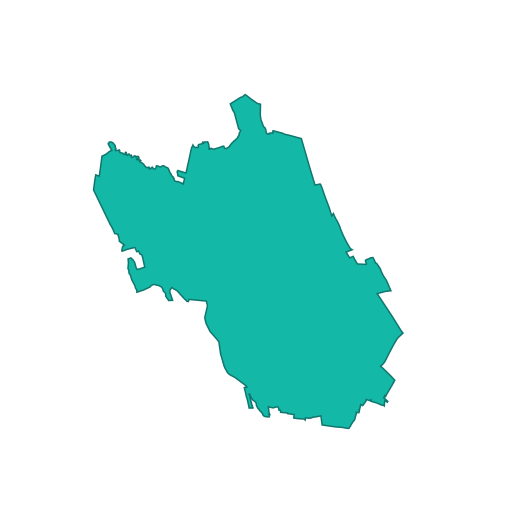 the district of Ungureni, Botosani, Romania, rotated 26°
{"feature_id": "2599482B7783599693239", "entity_name": "Ungureni", "entity_type": "district", "adm_level": 2, "iso_a3": "ROU", "parent_name": "Romania", "parent_adm1": "Botosani", "projection": "equal_earth", "projection_center": [26.747, 47.904], "detail": "fine", "context": "isolated", "style": "filled", "palette": "teal", "viewbox_px": 512, "rotation_deg": 26, "n_neighbors": 0, "source": "geoboundaries", "source_scale": "gbopen_adm2", "svg_char_len": 6096}
<svg xmlns="http://www.w3.org/2000/svg" viewBox="0 0 512 512"><g transform="rotate(26 256 256)"><path d="M319.9,393.9L317.3,391.3L310.3,383.0L310.6,382.8L311.3,383.1L312.0,384.1L315.8,386.7L318.6,387.2L320.1,387.8L320.9,388.5L321.9,390.1L324.3,392.0L326.1,392.7L327.3,393.4L331.0,394.7L331.5,395.6L332.3,396.1L332.9,396.3L334.8,396.3L336.9,395.5L338.5,394.7L337.2,392.9L337.9,392.5L337.3,392.2L335.5,389.8L333.2,386.0L335.4,385.7L338.2,384.9L339.4,383.6L341.6,382.0L341.9,382.0L343.3,383.2L344.2,384.5L345.6,384.0L346.6,385.7L353.4,383.2L353.6,383.8L359.7,381.8L361.0,385.1L365.5,383.6L370.8,381.4L372.1,381.9L371.5,379.8L375.9,378.0L377.4,376.5L377.3,376.4L377.4,376.2L380.0,374.6L384.4,371.2L389.5,378.9L402.8,374.6L407.9,372.5L413.4,370.9L414.9,370.4L415.2,369.6L415.5,366.9L415.4,366.1L415.7,363.7L415.7,362.5L416.3,360.9L416.4,359.8L415.2,353.5L415.0,352.8L414.7,352.6L417.1,351.8L417.0,350.4L416.8,349.9L416.5,350.0L416.0,349.1L416.4,349.0L416.3,348.1L416.0,346.7L415.7,346.1L415.8,345.8L415.4,344.2L415.5,343.8L415.4,343.6L417.5,343.7L418.4,338.6L418.4,337.5L418.1,336.5L420.9,336.3L421.4,336.1L422.2,335.0L422.5,334.8L422.7,335.1L422.9,336.2L428.7,335.2L434.7,334.9L435.3,334.4L436.0,334.2L437.0,334.6L436.8,333.6L436.2,332.7L435.3,329.6L438.2,329.8L438.2,328.9L434.6,327.8L433.0,327.5L433.1,325.0L434.1,325.5L434.0,324.1L435.1,310.2L435.2,309.4L434.9,309.3L435.2,306.8L429.4,304.6L419.8,301.4L416.3,300.5L417.1,298.7L418.0,295.4L418.2,292.1L418.2,286.3L418.6,274.7L419.2,268.0L421.9,260.8L419.1,259.5L405.6,251.0L381.4,236.7L388.1,230.9L392.5,228.1L383.7,220.6L379.2,218.0L375.3,215.0L373.8,213.4L372.9,212.7L367.6,209.7L366.5,209.9L364.0,207.7L361.7,206.1L359.5,207.7L358.3,209.5L356.9,210.7L356.4,211.5L356.3,212.1L356.6,212.7L358.7,214.6L358.8,215.0L358.7,215.2L350.7,218.7L345.9,215.6L343.5,213.7L341.0,216.6L335.3,213.0L339.7,208.2L338.1,208.1L335.9,207.0L331.0,203.6L324.8,198.8L319.8,194.4L318.3,192.7L317.5,192.2L316.4,191.1L314.0,189.3L310.6,187.0L306.9,183.9L306.5,186.8L300.7,180.6L291.6,172.0L285.3,165.7L282.5,163.2L281.9,163.3L281.1,163.9L278.0,166.4L267.1,154.7L245.3,130.6L231.4,133.2L230.1,133.7L227.3,134.1L226.7,133.9L216.7,135.8L216.4,136.0L216.3,136.3L217.4,137.9L214.8,139.3L214.2,139.8L214.6,140.3L212.5,141.4L211.6,140.9L210.0,139.1L209.2,137.9L208.0,136.9L205.8,136.3L203.0,133.4L200.8,131.5L198.1,127.5L193.5,117.6L190.9,118.2L189.6,118.2L182.2,117.0L177.2,115.9L175.6,115.7L174.8,116.9L174.3,118.6L172.6,120.2L166.2,130.5L167.8,132.1L168.4,132.5L171.3,135.2L173.9,136.9L184.6,149.2L185.0,149.4L187.2,149.9L187.2,153.6L187.7,154.4L187.5,157.1L187.7,157.6L187.4,158.1L187.4,159.0L187.2,159.4L186.6,160.4L186.5,161.1L185.7,162.5L185.3,164.1L184.8,165.1L184.1,168.4L184.2,169.1L183.9,169.2L183.7,170.2L182.7,171.7L181.6,172.8L180.7,172.9L180.2,172.7L178.9,171.4L178.6,171.5L177.6,172.3L175.3,174.8L171.1,178.6L169.0,179.0L168.8,178.8L167.2,179.7L167.6,180.3L167.1,180.6L166.4,179.1L165.8,178.5L165.5,177.8L164.6,176.5L163.1,174.9L162.1,174.7L161.7,175.2L160.1,175.9L158.1,177.1L158.3,177.8L159.2,178.0L155.7,180.9L155.5,181.3L155.6,182.0L156.4,183.2L156.4,183.6L156.0,184.1L154.7,184.5L153.8,185.2L153.4,185.2L151.9,184.7L150.7,183.9L150.8,184.9L150.6,186.2L151.1,189.2L152.9,196.2L156.7,212.1L148.3,213.4L148.2,214.9L148.9,215.8L149.4,216.3L150.2,217.5L150.5,218.2L157.6,217.4L157.8,217.7L157.8,218.1L158.2,219.0L158.7,222.0L159.1,223.0L159.0,223.4L158.8,223.4L157.8,223.1L156.4,223.1L153.2,223.3L151.9,224.0L150.5,224.1L149.6,223.9L148.7,223.1L148.5,222.3L147.4,221.9L146.5,221.1L144.8,220.7L143.6,219.5L141.5,218.4L141.1,217.6L140.5,217.4L140.1,216.8L139.1,216.2L138.8,215.7L137.5,215.5L135.6,215.7L133.5,215.3L132.0,216.3L131.2,217.9L127.3,218.3L126.9,218.8L126.9,219.1L127.5,219.5L127.4,220.9L127.0,222.1L126.4,222.5L125.8,222.6L124.2,221.7L123.7,221.6L123.5,222.5L122.9,223.4L122.7,224.2L122.3,224.5L121.6,224.3L121.4,223.3L121.1,223.1L120.4,223.3L119.4,224.3L118.5,224.4L116.8,223.9L115.5,223.1L112.7,222.2L110.2,222.3L109.9,222.0L109.8,221.6L110.5,220.9L110.6,220.6L110.3,220.5L108.7,220.7L107.3,221.5L106.3,221.6L106.1,221.3L106.9,220.5L107.9,220.4L108.0,219.3L106.8,218.2L105.8,218.4L105.4,219.4L105.0,219.6L104.5,219.6L104.4,219.0L104.1,218.9L102.7,219.4L101.9,221.5L101.3,221.8L100.3,221.6L100.2,220.3L99.7,220.0L98.9,220.7L97.9,220.5L97.1,220.0L96.8,220.3L96.7,220.9L96.4,221.4L96.4,221.9L95.7,221.9L95.3,221.6L94.6,220.5L94.1,220.0L93.6,219.8L93.2,220.1L93.2,220.8L94.4,221.6L93.1,222.6L91.1,222.0L89.3,222.5L88.0,222.4L87.6,222.2L87.5,221.2L87.0,220.8L86.5,220.6L85.8,221.6L84.3,222.2L83.7,222.8L83.3,222.7L83.1,222.3L83.0,220.8L81.8,219.8L80.9,218.4L78.3,217.2L77.3,216.9L75.9,217.0L74.2,217.8L74.4,218.9L73.8,219.5L74.3,220.3L80.1,224.4L79.1,225.4L78.2,226.7L77.6,228.2L76.3,230.7L73.8,233.8L78.4,247.5L80.1,253.0L76.4,253.3L78.1,259.2L81.1,267.9L111.7,292.0L112.6,292.4L116.4,295.3L117.3,296.2L119.3,297.8L120.7,297.3L122.6,297.1L122.8,297.6L124.1,299.1L124.6,299.4L126.8,302.7L133.0,303.9L132.1,305.3L132.1,306.6L133.0,310.0L133.6,310.4L137.3,306.5L143.4,301.4L146.9,304.4L148.2,303.1L150.9,305.1L152.9,305.0L155.6,308.0L156.4,309.2L157.9,311.0L158.4,311.7L160.9,314.7L157.0,318.7L154.9,320.2L153.0,318.7L149.7,314.9L147.0,313.3L146.3,313.2L145.6,312.8L144.3,312.6L142.3,314.8L142.8,315.3L143.3,316.5L143.8,317.1L144.4,318.3L146.4,323.4L148.1,324.8L149.2,326.8L149.9,327.5L151.3,328.1L154.7,331.8L160.1,335.7L161.9,337.8L163.4,338.6L164.1,339.5L164.8,340.8L170.0,335.7L174.3,330.4L174.6,329.0L175.6,327.3L177.2,326.1L179.7,325.7L181.0,325.2L184.5,325.3L186.2,326.1L187.4,327.3L188.0,328.2L189.7,328.6L191.0,329.2L192.6,331.8L197.1,334.3L200.5,332.4L194.5,326.4L193.6,324.4L194.3,321.1L196.2,321.6L200.3,321.8L208.9,325.3L213.8,327.0L215.2,326.6L214.8,324.4L231.1,318.3L233.9,321.6L234.3,322.5L237.0,334.0L240.6,338.4L247.8,344.0L257.7,348.1L260.4,349.6L267.0,359.4L275.5,368.8L277.3,370.4L281.0,373.0L283.0,373.9L284.9,374.2L290.5,374.4L302.4,376.7L304.5,377.3L305.3,377.8L303.1,379.4L307.8,385.0L309.1,386.8L310.3,387.9L312.3,390.3L316.5,395.7L318.4,394.6L319.1,394.5L319.9,393.9Z" fill="#14b8a6" stroke="#0f766e" stroke-width="1.5"/></g></svg>